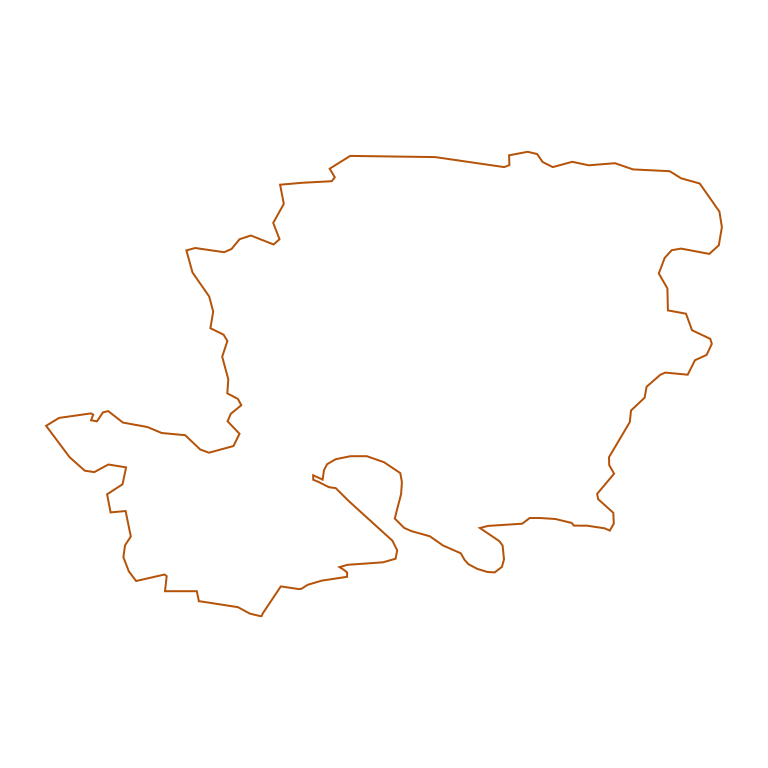 the border of Hampshire
{"feature_id": "GBR-2035", "entity_name": "Hampshire", "entity_type": "Administrative County", "adm_level": 1, "iso_a3": "GBR", "parent_name": "United Kingdom", "parent_adm1": "", "projection": "natural_earth1", "projection_center": [-1.337, 51.048], "detail": "fine", "context": "isolated", "style": "outline", "palette": "amber", "viewbox_px": 768, "rotation_deg": 0, "n_neighbors": 0, "source": "natural_earth", "source_scale": "10m", "svg_char_len": 2206}
<svg xmlns="http://www.w3.org/2000/svg" viewBox="0 0 768 768"><path d="M609.8,530.6L604.6,528.3L587.1,525.7L573.8,525.6L571.8,523.0L555.4,519.0L539.8,518.0L529.7,518.0L522.2,523.7L488.1,525.9L479.9,528.0L499.3,541.1L502.6,545.6L504.0,559.3L501.9,566.9L494.7,572.4L487.5,572.0L477.4,568.9L468.4,564.2L464.5,559.8L460.8,553.3L443.0,545.5L429.9,536.3L411.7,531.2L404.3,528.0L394.8,518.6L397.2,509.0L401.1,494.1L401.9,482.1L400.3,473.1L384.0,462.2L366.8,456.2L350.5,456.2L335.7,459.2L327.1,464.2L324.0,470.1L322.6,479.6L313.2,475.3L313.2,479.7L318.7,482.0L328.9,487.2L335.7,488.1L349.2,501.5L392.4,540.7L397.2,550.3L395.6,558.7L383.1,562.3L347.6,564.8L339.5,567.1L343.5,569.6L347.1,572.4L347.1,576.8L321.9,580.6L307.7,584.8L301.4,588.8L299.0,589.1L280.8,586.4L262.9,613.2L261.6,616.0L260.6,616.2L249.8,613.6L238.0,607.2L200.1,601.3L198.9,601.3L196.8,591.2L165.0,591.2L166.7,576.2L164.6,574.5L136.1,581.0L128.8,571.3L123.4,557.3L125.0,545.4L130.8,536.5L125.6,511.0L110.6,512.4L107.1,494.3L122.5,484.3L126.1,467.4L108.4,464.5L94.3,472.1L84.8,470.7L69.6,457.2L46.1,425.8L59.1,417.9L90.9,413.4L93.2,414.6L91.1,420.3L97.0,421.3L102.9,412.4L108.2,411.1L123.0,422.6L147.3,427.0L161.7,433.0L185.2,435.2L200.2,449.5L209.0,452.7L233.5,446.0L239.5,433.8L227.6,421.3L230.8,413.8L241.3,405.2L237.9,398.9L227.3,393.4L228.3,379.3L222.2,356.7L227.4,341.0L223.6,334.7L210.4,328.2L213.2,311.6L209.2,296.5L192.5,272.5L186.4,250.4L195.2,248.0L224.1,252.2L231.5,249.0L239.6,239.2L250.8,235.5L273.6,244.5L279.5,239.2L273.2,222.9L283.8,203.9L280.1,184.7L302.0,182.8L331.7,181.2L334.8,177.3L329.7,168.7L350.2,155.9L435.2,157.1L504.2,167.1L509.4,165.1L509.1,155.3L527.6,151.8L537.1,154.0L542.6,162.0L552.8,167.1L572.3,161.8L588.7,165.3L614.9,163.2L633.0,169.4L651.4,170.3L669.7,171.2L681.1,178.3L699.7,183.5L719.4,211.6L721.9,227.1L718.8,245.3L709.3,253.9L681.1,248.6L671.7,250.2L664.7,257.9L658.8,273.5L667.4,288.4L667.9,310.4L686.0,313.7L692.0,330.2L710.3,338.9L711.8,343.9L706.6,354.9L695.0,360.2L687.7,374.7L665.3,372.6L660.4,374.7L646.6,386.7L644.6,397.7L631.0,410.5L629.8,422.1L609.0,457.2L609.2,465.1L614.1,473.7L597.1,493.9L598.2,499.2L613.3,512.8L613.8,523.6L609.8,530.6Z" fill="none" stroke="#b45309" stroke-width="2"/></svg>